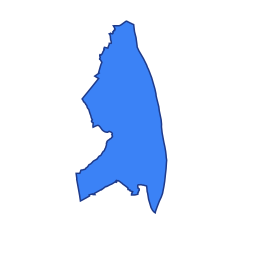 Thot Not, Can Tho, Vietnam (orthographic projection), rotated 36°
{"feature_id": "81297802B2345271224879", "entity_name": "Thot Not", "entity_type": "district", "adm_level": 2, "iso_a3": "VNM", "parent_name": "Vietnam", "parent_adm1": "Can Tho", "projection": "orthographic", "projection_center": [105.542, 10.239], "detail": "fine", "context": "isolated", "style": "filled", "palette": "blue", "viewbox_px": 256, "rotation_deg": 36, "n_neighbors": 0, "source": "geoboundaries", "source_scale": "gbopen_adm2", "svg_char_len": 5358}
<svg xmlns="http://www.w3.org/2000/svg" viewBox="0 0 256 256"><g transform="rotate(36 128 128)"><path d="M132.4,215.0L133.6,212.6L136.8,205.7L135.9,205.0L137.1,203.3L137.4,203.0L137.6,202.9L137.8,202.6L138.0,202.2L138.3,202.2L138.5,202.4L138.7,202.5L138.9,202.4L139.3,202.1L139.5,202.0L140.4,201.3L139.2,200.8L140.8,197.3L142.7,193.3L142.9,193.4L144.4,188.4L144.5,188.3L144.9,188.2L145.0,188.1L145.1,187.7L145.3,187.6L145.5,187.2L146.7,184.7L147.9,182.7L149.5,178.7L149.8,178.9L149.8,179.0L150.2,179.0L150.4,178.9L150.5,178.6L150.5,178.4L150.1,178.5L150.0,178.4L149.9,178.3L149.8,178.0L149.5,177.9L149.3,177.6L149.3,177.4L149.5,177.1L150.2,177.0L150.9,176.4L151.1,176.3L151.5,176.4L152.1,176.2L152.5,176.2L153.2,176.2L154.1,176.2L155.0,176.3L155.5,176.2L155.8,176.2L156.5,176.4L157.0,176.4L160.4,176.4L162.5,176.5L163.0,176.5L163.3,176.8L163.6,176.9L163.8,177.1L163.8,177.5L164.2,177.8L164.7,177.6L165.9,177.0L166.1,177.0L166.2,177.4L166.3,177.6L167.6,177.3L168.4,177.1L169.2,176.7L169.3,176.8L169.4,177.6L169.5,177.8L169.3,178.0L169.5,178.3L169.6,178.5L169.5,179.0L170.2,180.1L172.4,178.5L172.8,178.2L173.5,177.5L174.9,175.8L174.6,175.2L174.2,174.8L174.1,174.5L174.0,174.3L174.1,174.0L174.1,173.8L174.1,173.7L173.9,173.4L173.7,172.9L173.7,172.2L173.7,171.8L173.6,171.7L173.4,171.5L173.3,171.3L173.1,170.9L172.9,170.7L172.7,170.7L171.8,170.7L171.3,170.7L171.1,170.7L171.0,170.2L170.8,170.0L170.0,169.4L169.8,169.0L169.7,168.8L169.6,168.2L169.8,167.8L170.3,167.5L170.8,167.1L171.6,166.4L171.9,166.1L172.9,165.8L173.3,165.6L173.9,165.2L174.5,165.0L177.1,164.0L178.3,165.2L180.8,168.1L182.3,169.3L186.6,173.6L193.5,178.9L196.1,180.1L197.6,180.5L199.0,180.7L199.9,180.6L199.3,179.4L197.9,174.6L196.3,168.6L195.5,164.4L194.4,160.6L191.5,154.4L189.1,149.7L187.5,146.9L185.3,143.1L183.0,139.0L179.7,133.8L178.2,131.3L176.2,129.3L174.7,127.5L172.1,124.7L168.8,121.5L165.2,118.3L161.0,114.3L158.4,111.8L154.4,107.4L152.9,105.2L149.9,101.8L143.2,95.7L140.4,92.7L134.2,87.5L131.8,85.4L130.6,84.0L126.8,80.6L117.7,73.5L112.5,70.1L109.8,68.4L108.2,67.6L106.0,66.1L99.7,62.8L91.5,59.2L87.8,57.1L87.1,56.2L81.3,50.1L76.8,46.4L75.0,44.5L71.8,41.0L70.5,41.3L68.7,41.6L67.3,41.9L66.1,42.0L65.5,42.2L64.3,42.3L64.0,42.5L63.8,42.6L63.5,43.2L62.2,47.3L61.5,49.2L61.1,50.0L60.8,50.3L60.4,50.7L56.1,53.9L58.7,55.1L58.7,55.3L58.8,55.4L59.3,55.5L59.5,55.7L59.5,55.9L59.4,56.4L59.4,56.5L59.5,56.6L59.8,56.8L59.9,57.0L59.7,57.2L59.4,57.2L59.3,57.3L59.2,57.4L59.2,57.5L59.5,58.9L59.2,59.1L59.2,59.3L59.3,59.4L59.8,59.5L60.0,60.0L60.2,60.5L60.1,60.9L59.8,61.1L59.2,61.3L58.5,61.7L58.4,61.7L58.2,61.6L57.9,62.2L57.5,62.9L58.4,63.0L58.6,63.1L59.2,63.8L59.7,64.1L60.0,64.4L60.7,65.3L61.2,65.8L61.7,66.3L61.9,66.6L62.2,67.0L62.3,67.1L62.7,67.2L63.8,68.1L64.0,68.3L64.2,68.6L64.6,69.4L63.6,70.2L63.1,70.5L63.6,71.3L64.3,74.0L64.7,75.2L61.5,76.6L61.7,77.5L62.1,78.5L62.7,78.6L63.0,81.4L63.4,82.6L63.4,84.1L63.2,84.2L63.0,84.4L63.0,84.6L63.2,85.0L63.0,85.4L62.8,85.4L62.4,85.2L62.2,85.2L62.2,85.3L62.3,85.5L62.4,85.8L62.7,86.2L63.1,86.5L63.4,86.8L63.5,87.0L64.0,87.1L64.2,87.3L64.3,87.8L64.3,88.0L64.3,88.3L64.4,88.5L64.4,88.8L64.5,88.9L64.6,89.0L64.8,88.9L65.3,89.0L66.0,89.2L67.3,89.8L67.6,89.9L68.1,90.1L68.3,90.3L68.9,92.9L69.8,95.4L71.8,100.8L72.3,100.7L70.6,105.6L70.9,105.6L75.1,105.2L74.7,114.7L73.8,131.5L74.4,131.7L75.2,132.0L75.7,132.2L76.2,132.6L76.8,132.9L77.0,132.9L77.3,132.8L77.7,132.8L77.9,132.8L78.4,133.1L79.1,133.2L79.6,133.5L79.9,133.7L80.1,133.8L80.7,133.9L81.1,133.9L81.5,134.1L82.4,134.9L83.1,135.4L83.4,135.5L83.8,135.7L85.1,136.0L85.4,136.1L88.3,138.3L89.0,138.8L90.4,139.7L90.8,140.0L91.9,141.0L92.5,141.4L93.0,141.7L93.4,142.0L93.6,142.1L94.1,142.1L94.3,142.2L94.4,142.3L94.3,143.6L94.4,143.9L94.5,144.0L95.3,144.3L95.6,144.5L95.8,144.5L96.4,144.2L96.6,144.2L96.8,144.3L98.0,146.2L98.2,146.6L98.6,147.2L99.3,147.9L100.8,145.2L101.4,144.3L101.8,143.8L102.4,143.4L103.0,143.3L103.5,143.3L104.2,143.4L105.8,143.9L107.0,144.3L108.3,144.7L109.4,144.8L110.3,144.8L111.3,144.7L112.0,144.5L112.9,144.1L113.6,143.7L114.0,143.4L114.2,143.1L114.4,142.5L114.6,141.9L114.9,141.7L115.2,141.7L115.6,141.6L116.2,141.4L116.7,141.3L117.2,141.3L117.7,141.4L118.1,141.5L118.5,141.6L118.7,141.8L118.8,142.0L118.8,142.9L118.8,143.0L119.1,143.1L119.4,143.1L119.6,143.2L119.9,143.4L120.4,144.0L120.6,144.3L120.3,144.8L120.3,145.0L120.4,145.5L120.4,145.9L120.3,146.7L119.9,147.2L119.8,147.4L119.8,147.8L119.8,148.1L119.2,149.5L118.9,151.1L118.9,151.3L119.4,152.0L119.5,152.2L119.4,152.8L119.7,153.3L119.9,153.6L120.2,153.9L120.5,154.3L120.9,155.6L121.2,156.4L121.5,157.1L121.6,158.2L122.1,160.1L122.1,160.3L122.1,160.5L121.8,161.3L121.7,161.8L121.8,162.3L121.8,162.9L121.9,164.2L122.1,165.4L122.0,166.1L122.0,166.3L121.7,167.0L121.4,167.3L121.3,167.6L121.1,168.4L121.1,168.7L121.2,169.1L121.2,169.7L121.2,170.4L121.1,170.9L121.1,171.1L121.2,171.4L121.2,171.5L120.9,171.9L120.5,172.9L120.1,173.6L119.7,174.5L119.6,174.8L119.3,175.8L119.3,176.6L118.9,178.9L118.5,179.8L118.1,180.4L118.0,180.8L118.0,181.1L118.1,182.0L118.1,182.9L118.0,183.8L117.9,184.1L117.5,185.1L117.5,185.4L117.5,185.6L117.7,185.9L117.7,186.1L117.0,187.3L116.5,187.7L116.2,188.3L115.9,188.6L115.6,188.9L115.1,189.3L114.7,189.9L115.2,191.3L115.6,193.0L112.7,195.2L116.2,198.9L116.4,199.2L116.6,199.6L117.0,200.0L125.5,208.1L125.8,208.4L128.6,211.1L132.4,215.0Z" fill="#3b82f6" stroke="#1e3a8a" stroke-width="1.5"/></g></svg>